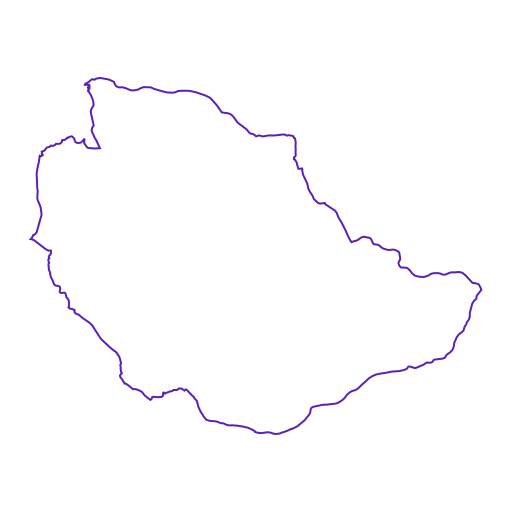 outline of Sarateni, Mures, Romania
{"feature_id": "2599482B70321377135437", "entity_name": "Sarateni", "entity_type": "district", "adm_level": 2, "iso_a3": "ROU", "parent_name": "Romania", "parent_adm1": "Mures", "projection": "natural_earth1", "projection_center": [25.019, 46.575], "detail": "fine", "context": "isolated", "style": "outline", "palette": "violet", "viewbox_px": 512, "rotation_deg": 0, "n_neighbors": 0, "source": "geoboundaries", "source_scale": "gbopen_adm2", "svg_char_len": 5917}
<svg xmlns="http://www.w3.org/2000/svg" viewBox="0 0 512 512"><path d="M445.0,357.6L445.9,355.9L446.7,354.7L450.2,352.3L452.2,350.1L452.8,349.1L453.2,348.2L453.7,346.5L454.4,342.3L455.5,340.1L456.6,337.5L458.4,334.9L460.2,333.3L462.3,331.8L463.5,330.5L464.5,327.1L465.1,325.9L466.1,324.7L466.9,322.1L468.7,319.8L469.3,318.5L469.8,316.6L469.8,312.8L472.2,303.7L474.2,300.6L476.0,299.1L476.3,298.7L476.5,296.7L477.0,295.3L481.3,290.0L480.5,287.6L478.9,284.6L478.2,284.1L477.1,283.6L472.4,282.8L465.6,275.4L462.6,273.0L461.2,272.4L459.7,272.2L458.4,272.0L456.1,272.3L450.9,272.4L448.3,273.3L445.9,274.4L444.2,274.7L442.8,274.6L439.8,273.4L437.3,273.1L434.2,273.1L431.8,273.6L430.5,274.1L428.7,275.4L423.9,277.0L419.1,276.7L415.1,275.7L412.1,273.4L409.8,270.3L407.5,268.2L406.0,267.7L401.3,267.5L400.8,267.3L399.8,266.3L399.4,265.7L398.6,263.6L398.5,262.6L398.9,261.5L399.8,260.2L400.2,258.9L399.9,256.3L399.1,252.3L398.2,251.5L395.8,250.2L394.1,249.7L392.6,249.6L388.9,250.0L386.6,249.6L383.2,248.5L381.4,247.4L378.8,245.1L377.5,244.7L374.4,244.3L373.5,243.9L372.7,242.9L372.3,241.4L370.9,238.9L369.9,238.1L369.0,237.6L368.0,237.6L364.9,236.9L362.7,236.9L361.1,237.6L357.9,239.9L356.2,240.7L354.0,241.2L351.5,242.2L349.5,239.0L347.5,234.9L345.7,230.7L341.6,222.6L338.4,217.3L336.8,213.1L335.1,210.7L324.9,203.9L324.8,203.0L320.1,203.6L318.3,203.1L314.2,199.4L313.6,198.5L312.5,195.7L309.1,190.5L308.2,188.0L307.3,183.6L302.9,174.4L302.8,173.2L302.1,170.2L302.4,169.3L302.1,168.5L300.6,168.6L299.4,168.9L298.3,168.7L297.0,164.0L296.7,162.6L295.0,159.7L294.8,159.4L294.2,159.4L293.8,158.9L293.8,158.2L294.1,157.3L295.3,156.4L295.7,155.4L295.5,151.9L295.7,150.6L295.5,146.4L295.7,142.5L295.1,138.8L294.6,138.1L293.9,138.0L293.5,136.4L292.5,135.9L288.5,135.1L286.8,135.7L284.8,134.5L282.9,134.5L274.4,135.5L268.9,135.4L263.0,136.4L259.3,135.5L258.0,135.6L256.7,136.3L256.0,136.3L254.8,135.1L253.8,134.5L252.4,133.9L250.8,133.7L248.9,132.4L247.2,130.1L246.3,129.1L239.4,124.0L237.3,122.2L233.4,116.7L231.2,114.6L228.5,113.4L221.8,112.4L216.9,105.4L212.4,100.2L210.1,97.8L205.1,95.4L199.1,93.3L194.1,91.8L188.8,90.8L183.6,90.7L178.3,91.0L174.8,92.4L173.1,92.7L167.3,92.5L162.3,91.3L154.1,88.9L150.9,87.4L148.2,87.2L143.7,87.1L140.3,88.3L138.8,89.3L135.1,90.2L132.1,90.5L129.5,89.8L126.1,88.3L122.6,87.3L119.1,87.4L116.4,86.4L115.2,84.9L114.0,81.9L108.8,79.5L101.6,78.2L99.7,78.0L97.3,78.4L95.4,79.0L94.7,79.7L92.4,79.2L90.3,80.5L88.8,81.9L86.1,83.4L84.9,84.3L84.8,84.8L89.0,84.7L89.4,85.1L89.6,88.2L89.4,88.4L88.2,86.8L87.9,87.4L88.6,89.1L88.8,90.0L88.6,90.4L88.0,90.5L88.0,90.9L89.0,92.0L90.9,95.1L92.3,98.4L93.3,101.7L93.6,105.2L91.4,109.1L90.8,110.7L91.0,113.4L93.7,125.3L92.2,127.7L91.8,129.5L91.7,131.1L94.7,137.7L96.6,141.0L99.9,148.2L93.8,148.5L87.8,147.8L87.3,147.5L85.3,144.9L84.1,142.9L84.5,139.4L84.1,139.2L82.6,141.0L81.0,142.5L79.7,142.9L78.4,142.9L77.8,143.1L76.6,142.7L75.6,142.1L74.8,141.0L74.3,138.6L73.6,138.0L72.8,137.0L71.8,136.3L71.3,136.3L69.0,137.1L68.5,137.6L67.6,137.5L67.1,137.8L66.8,138.4L64.7,139.9L63.8,140.1L62.4,139.9L62.1,140.3L61.9,141.7L61.1,142.8L60.4,143.4L59.0,143.9L56.0,143.8L55.1,144.9L53.4,145.7L52.6,146.0L51.6,145.5L50.7,145.7L49.5,146.9L47.3,147.4L46.6,147.8L44.7,150.2L43.9,150.9L42.2,151.3L41.7,151.7L42.1,152.8L41.7,153.6L42.8,155.0L42.1,155.6L40.9,156.1L40.1,156.1L39.8,155.8L39.5,156.4L39.7,157.4L39.3,158.3L39.0,161.3L37.3,168.9L36.6,174.6L36.9,178.2L37.2,187.7L37.7,191.1L37.3,198.2L37.8,200.4L39.9,205.3L40.7,207.8L41.6,214.7L36.6,232.4L34.5,234.8L33.4,234.9L31.4,238.7L31.1,238.7L30.7,239.1L31.9,239.3L34.2,240.3L45.2,248.8L48.1,250.5L50.9,250.6L50.9,253.3L50.4,254.7L49.4,255.4L48.8,256.9L49.3,258.4L48.4,259.2L48.4,261.0L49.2,262.9L48.5,263.9L48.5,265.4L49.0,270.2L49.6,271.3L50.2,273.0L50.1,273.8L50.9,277.1L52.9,281.0L54.0,284.2L55.3,285.4L59.0,286.2L59.9,287.2L60.3,288.4L59.7,291.6L60.0,292.3L60.9,293.0L64.6,292.7L65.5,293.6L66.4,297.2L68.0,299.0L68.9,300.8L69.0,306.6L68.5,307.5L69.2,308.1L70.6,308.8L72.1,308.9L73.2,309.6L74.4,309.7L74.7,310.5L74.4,311.5L74.9,312.8L76.6,314.0L78.6,314.6L82.3,317.8L88.9,322.3L91.9,325.0L100.6,338.4L102.8,340.7L108.8,346.3L113.5,350.3L115.9,351.9L117.4,353.9L119.3,356.9L119.8,358.2L120.9,362.6L121.0,363.6L120.3,364.8L120.3,365.3L120.6,366.2L120.7,369.8L121.3,372.6L121.8,373.0L121.8,373.3L120.5,374.7L120.0,375.5L120.0,375.9L120.5,377.4L121.7,378.8L124.5,383.4L124.9,383.6L125.3,383.4L127.6,384.8L133.2,389.3L134.8,389.0L136.4,389.3L140.0,390.8L142.0,392.0L144.6,395.3L148.6,398.6L150.4,399.9L151.7,398.6L152.2,397.1L153.7,396.8L158.7,397.2L161.6,396.9L162.8,396.0L163.1,394.8L163.1,393.0L163.5,392.5L164.5,392.9L164.8,393.5L165.3,393.5L166.5,392.7L168.3,392.2L169.7,391.5L171.9,391.2L173.5,390.0L176.1,390.0L177.6,389.7L178.8,388.5L181.7,388.6L182.6,389.4L183.3,389.7L184.4,390.6L185.3,389.8L186.0,389.4L186.9,390.0L192.2,395.6L193.6,396.7L194.5,398.4L196.8,400.8L198.7,407.8L200.8,411.9L203.9,416.8L206.2,419.7L210.0,420.9L216.4,421.4L220.8,423.1L223.6,423.4L226.5,424.8L229.0,425.4L232.8,425.3L237.5,425.7L242.7,426.5L248.2,427.8L253.3,430.2L255.0,431.4L255.1,432.0L257.5,432.7L259.3,433.0L261.5,433.1L267.8,432.2L271.1,432.8L273.5,433.7L275.7,434.0L277.6,433.8L279.9,433.5L281.2,432.8L284.3,431.9L287.7,430.6L290.9,429.0L291.2,429.2L292.9,428.5L297.2,426.4L304.7,420.2L309.4,414.3L310.3,412.3L310.7,409.2L311.2,408.2L312.4,407.2L314.1,406.6L322.3,404.9L324.0,404.7L327.2,404.6L335.5,403.6L337.5,403.1L340.9,401.1L342.0,400.4L344.8,397.8L346.8,394.9L350.0,392.2L351.5,391.3L355.8,389.9L357.3,389.0L359.7,386.9L362.2,384.4L365.8,381.3L368.9,378.3L372.6,376.0L376.2,374.5L378.6,373.9L386.3,372.7L391.8,371.6L399.3,371.1L404.3,369.9L406.6,368.9L407.3,368.3L407.9,367.0L408.9,366.5L409.8,366.5L411.4,367.1L413.1,367.4L414.4,368.1L416.5,367.7L423.5,364.7L425.9,363.0L426.8,362.6L429.9,362.7L431.6,362.4L432.6,361.7L433.6,360.1L434.4,359.6L442.2,358.7L444.6,357.9L445.0,357.6Z" fill="none" stroke="#5b21b6" stroke-width="2"/></svg>